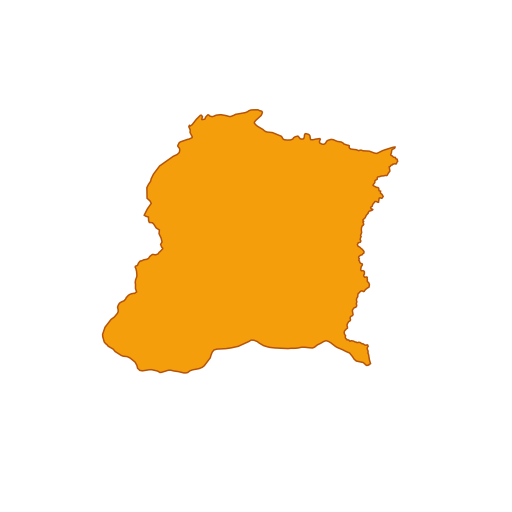 Guadalupe, Huila, Colombia, rotated 61°
{"feature_id": "7082276B74381710029853", "entity_name": "Guadalupe", "entity_type": "district", "adm_level": 2, "iso_a3": "COL", "parent_name": "Colombia", "parent_adm1": "Huila", "projection": "robinson", "projection_center": [-75.679, 1.985], "detail": "fine", "context": "isolated", "style": "filled", "palette": "amber", "viewbox_px": 512, "rotation_deg": 61, "n_neighbors": 0, "source": "geoboundaries", "source_scale": "gbopen_adm2", "svg_char_len": 6142}
<svg xmlns="http://www.w3.org/2000/svg" viewBox="0 0 512 512"><g transform="rotate(61 256 256)"><path d="M405.7,208.0L402.0,207.2L396.4,205.2L395.1,205.2L394.4,204.5L393.1,204.0L391.1,203.8L390.0,202.9L389.3,201.6L387.9,201.5L387.5,202.1L387.4,203.1L386.3,204.2L385.0,204.7L384.0,205.9L382.0,207.0L381.2,208.1L380.8,209.6L379.9,210.1L379.0,211.2L377.9,211.8L376.2,213.8L376.2,214.8L375.9,215.3L374.4,215.6L373.4,217.1L372.6,217.0L371.9,217.5L371.1,217.5L370.1,217.2L369.2,216.3L367.5,216.5L365.9,216.1L364.9,215.4L364.4,214.6L363.6,212.3L363.5,211.1L362.6,210.5L360.9,210.1L360.1,209.5L359.5,208.8L358.3,206.7L358.4,205.6L358.0,204.6L357.3,204.1L356.0,203.9L355.1,203.0L354.8,202.0L354.9,200.5L354.3,199.5L351.3,198.5L350.2,198.0L349.8,197.4L349.1,196.0L348.9,195.1L349.2,193.6L348.6,192.3L347.7,191.7L346.4,191.5L345.0,190.0L343.7,189.7L342.6,189.1L341.6,188.1L341.0,186.8L339.0,185.5L338.3,184.7L338.2,183.4L337.6,182.1L337.6,180.9L338.2,179.9L339.2,179.3L339.4,178.5L338.9,177.8L338.3,175.8L338.0,173.8L338.1,172.5L337.6,171.9L335.9,170.6L333.7,170.4L332.7,170.9L331.6,170.8L330.9,170.1L329.7,169.8L328.6,169.0L327.7,169.8L327.4,171.1L326.6,171.4L325.4,171.4L324.9,171.0L324.3,169.8L323.7,169.7L322.8,169.0L321.9,168.8L320.8,169.4L320.0,171.0L318.7,171.1L316.4,169.2L315.6,167.6L314.9,167.0L314.2,167.0L313.2,168.0L312.5,168.2L311.5,168.3L310.7,167.9L309.6,168.2L308.3,166.9L307.4,167.1L306.8,166.8L306.3,166.3L306.0,164.0L306.4,162.8L305.8,161.3L305.8,160.4L304.8,159.5L303.8,159.4L301.4,159.9L300.6,160.4L298.9,160.8L296.9,162.0L295.3,161.9L294.8,161.4L294.5,160.7L294.0,160.2L294.5,158.0L294.2,157.5L293.6,157.0L292.0,156.9L290.5,155.5L290.1,154.7L288.7,154.6L286.7,152.2L284.4,151.3L282.5,150.1L281.2,148.5L280.9,147.8L281.1,147.5L280.6,146.5L279.7,146.3L279.3,146.0L278.1,146.1L277.8,145.1L277.5,145.3L276.2,144.9L275.5,142.1L273.8,139.7L273.0,137.2L272.6,137.1L271.7,135.3L271.9,134.2L272.2,133.4L272.0,132.6L272.3,132.0L272.2,131.6L272.0,131.3L271.6,131.4L270.4,132.5L269.0,132.1L268.8,130.2L267.9,129.4L267.1,128.2L266.5,126.4L266.0,125.6L266.2,125.1L266.9,124.2L268.2,123.3L268.4,122.8L265.2,120.3L265.2,119.4L266.3,118.3L266.5,117.6L265.6,115.9L263.2,115.9L261.4,116.7L259.7,115.6L258.5,116.7L256.1,115.8L255.2,116.2L254.3,117.4L251.5,119.2L251.0,119.4L250.4,118.8L249.4,116.5L247.8,115.5L247.6,114.5L247.7,112.9L246.1,111.8L245.9,110.8L246.5,109.6L246.8,107.7L247.9,105.3L248.1,104.1L249.0,102.7L249.0,102.2L247.7,100.1L246.6,97.7L242.6,96.3L242.8,95.2L242.1,93.9L242.4,92.8L242.0,91.7L242.4,91.1L242.5,89.9L243.4,89.0L243.3,88.4L242.3,87.3L241.9,86.2L239.8,85.6L238.6,86.6L237.4,86.3L236.3,87.8L234.6,88.3L233.4,89.1L232.8,89.1L231.3,87.5L229.2,85.9L228.9,84.8L229.0,82.7L228.6,81.9L228.0,81.6L227.2,83.9L225.6,91.9L225.2,94.2L224.9,100.5L223.6,102.3L219.2,106.1L215.9,111.3L214.4,112.7L213.9,113.7L213.7,115.1L211.7,116.7L208.6,121.0L207.6,121.7L206.9,121.9L206.2,121.9L204.8,121.0L204.1,121.4L203.1,122.6L200.6,124.8L199.6,125.0L197.7,126.1L195.1,129.4L192.0,131.8L191.1,132.8L190.4,133.8L189.7,136.9L189.8,138.4L190.8,140.1L191.3,141.5L191.0,142.9L190.1,144.1L188.2,145.4L187.6,145.4L186.5,144.9L185.0,143.1L184.2,143.3L182.6,147.4L181.9,150.0L180.7,151.8L180.0,151.7L177.1,150.6L175.6,150.8L174.8,151.3L173.1,153.1L172.9,153.7L173.7,155.0L174.9,155.7L176.3,157.1L176.5,157.8L176.0,159.2L174.9,160.5L172.0,161.0L171.4,161.3L170.7,163.9L170.8,165.8L171.5,167.0L171.3,169.4L169.8,172.4L168.0,174.9L166.5,175.7L164.7,175.6L163.4,175.9L156.0,181.8L153.1,186.0L151.9,187.2L150.4,188.0L148.7,188.6L143.3,191.8L141.1,192.6L139.1,193.0L138.2,192.6L137.3,190.5L135.6,183.4L134.5,181.8L133.3,180.7L132.1,180.8L130.6,182.4L129.1,183.4L126.6,188.0L125.8,189.8L125.5,192.0L125.7,193.2L125.4,195.9L122.2,205.2L122.2,207.0L121.8,210.3L121.1,211.7L118.6,214.2L115.3,218.3L113.5,222.6L113.3,225.1L112.9,226.8L111.3,228.5L109.7,229.0L109.2,229.6L109.8,231.9L110.4,233.2L111.3,234.0L111.4,234.7L110.6,237.0L110.2,237.2L108.0,235.2L106.2,235.7L106.0,236.6L107.6,242.1L110.2,248.2L110.4,250.5L109.5,250.9L109.9,251.6L110.4,252.1L113.8,252.4L116.0,253.8L121.0,254.0L121.5,254.5L121.3,258.0L120.9,258.9L119.6,266.3L119.6,268.1L121.4,270.8L122.2,271.2L124.3,270.8L125.5,270.9L127.0,271.8L128.3,273.0L129.0,275.7L128.7,280.1L130.5,296.6L134.7,306.0L137.7,310.3L139.5,311.9L141.3,315.4L143.3,318.3L152.7,323.3L156.5,322.0L159.2,322.1L162.1,328.1L166.1,334.0L167.8,333.1L169.8,331.2L173.0,332.8L175.0,333.0L176.7,330.5L178.5,330.0L183.1,329.7L186.4,327.9L189.5,330.0L194.3,330.3L198.2,331.4L199.6,333.8L202.5,334.2L204.0,333.8L204.5,334.2L205.7,337.9L205.7,338.7L206.7,340.6L206.4,342.8L206.1,343.6L204.9,345.0L204.4,346.0L204.9,349.1L205.8,350.7L206.0,352.0L205.9,353.1L204.9,356.1L204.8,358.4L204.3,359.5L204.4,360.3L205.2,362.2L206.7,364.2L206.5,366.5L207.2,367.1L208.4,367.1L211.5,367.9L214.9,369.4L216.3,370.3L218.6,373.0L220.8,374.6L222.1,375.0L226.0,377.2L229.5,377.8L229.8,380.4L229.4,380.9L228.6,383.4L228.4,385.6L228.6,386.9L229.5,389.7L230.4,390.8L231.2,393.1L230.9,395.8L231.0,397.8L231.3,398.7L232.0,400.0L233.6,401.9L236.1,402.6L237.8,403.5L238.9,404.9L240.7,409.5L241.2,413.5L245.1,422.6L250.2,428.2L252.4,429.2L257.6,430.4L259.8,430.0L261.1,429.4L263.3,429.0L268.1,426.1L271.3,425.5L277.4,422.2L279.1,420.9L281.6,417.4L284.0,415.7L287.3,414.3L290.2,413.2L294.0,413.2L296.7,414.0L299.7,413.1L301.4,411.0L303.8,404.3L304.9,402.3L308.9,397.9L311.4,396.4L312.0,394.8L313.4,388.1L314.4,386.1L316.7,383.6L319.6,379.8L323.2,375.9L324.3,373.9L324.8,372.3L324.4,369.5L324.8,366.7L326.9,360.4L327.3,357.0L326.9,354.4L322.9,345.4L320.7,343.2L318.8,340.8L317.8,338.3L318.5,335.3L322.5,327.1L324.3,322.3L326.4,315.3L327.3,303.8L327.2,301.0L328.7,298.6L331.4,296.4L333.9,295.3L338.1,292.8L341.3,289.7L342.8,288.0L345.6,284.0L352.5,272.9L353.6,270.3L355.8,266.3L356.9,263.7L357.9,260.3L359.3,257.8L362.4,253.4L363.9,251.0L364.1,248.8L363.5,245.3L363.7,242.0L363.6,238.2L364.0,235.8L365.9,234.0L368.1,232.7L373.5,230.4L375.4,229.3L379.7,225.9L383.4,223.4L386.2,221.2L390.6,220.4L393.8,220.2L396.5,219.2L401.2,213.8L405.2,212.5L405.9,211.1L405.8,210.4L406.0,210.1L405.7,209.6L405.7,208.0Z" fill="#f59e0b" stroke="#b45309" stroke-width="1.5"/></g></svg>